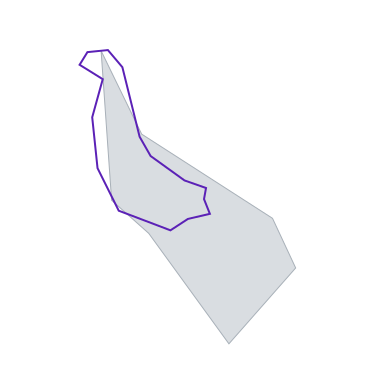 Eastern on a map of American Samoa (Equal Earth projection), rotated 260°
{"feature_id": "ASM-4998", "entity_name": "Eastern", "entity_type": "state/province", "adm_level": 1, "iso_a3": "ASM", "parent_name": "American Samoa", "parent_adm1": "", "projection": "equal_earth", "projection_center": [-170.654, -14.284], "detail": "fine", "context": "in_parent", "style": "outline", "palette": "violet", "viewbox_px": 384, "rotation_deg": 260, "n_neighbors": 0, "source": "natural_earth", "source_scale": "10m", "svg_char_len": 526}
<svg xmlns="http://www.w3.org/2000/svg" viewBox="0 0 384 384"><g transform="rotate(260 192 192)"><path d="M152.1,266.7L99.2,280.9L36.1,202.0L158.8,142.2L197.8,111.4L346.8,127.0L257.7,152.5L152.1,266.7Z" fill="#d9dde1" stroke="#a8b0b8" stroke-width="1"/><path d="M158.0,164.1L186.3,116.6L231.9,103.1L282.9,106.7L318.6,123.7L336.8,103.4L347.9,113.3L346.4,133.8L327.0,145.1L255.5,150.0L234.6,157.5L204.7,186.6L193.5,206.5L182.9,202.6L167.4,205.8L166.2,183.3L158.0,164.1Z" fill="none" stroke="#5b21b6" stroke-width="2"/></g></svg>